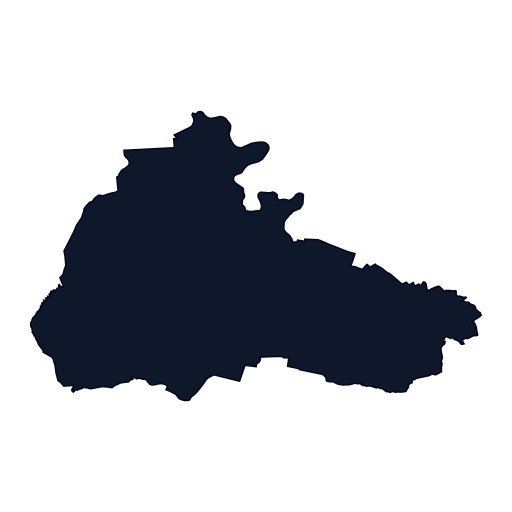 Sacalaseni, Maramures, Romania (Natural Earth projection)
{"feature_id": "2599482B62680396283899", "entity_name": "Sacalaseni", "entity_type": "district", "adm_level": 2, "iso_a3": "ROU", "parent_name": "Romania", "parent_adm1": "Maramures", "projection": "natural_earth1", "projection_center": [23.568, 47.575], "detail": "fine", "context": "isolated", "style": "filled", "palette": "ink", "viewbox_px": 512, "rotation_deg": 0, "n_neighbors": 0, "source": "geoboundaries", "source_scale": "gbopen_adm2", "svg_char_len": 6000}
<svg xmlns="http://www.w3.org/2000/svg" viewBox="0 0 512 512"><path d="M395.0,392.3L397.5,391.9L401.0,392.1L406.0,391.5L406.7,389.7L408.5,387.0L408.4,385.0L409.9,383.7L412.1,382.7L412.2,379.6L412.9,379.4L413.8,379.9L416.4,378.3L428.1,375.9L430.1,375.2L431.8,373.9L435.1,374.8L436.7,374.4L441.5,371.7L441.4,367.1L442.0,364.7L441.9,363.1L441.2,361.2L442.4,357.9L442.1,355.7L441.1,351.1L440.9,348.5L441.3,347.4L442.7,345.3L444.5,344.1L445.2,341.8L444.9,341.4L443.8,341.3L443.5,340.3L442.8,339.9L443.0,338.3L443.8,338.1L444.5,338.8L444.5,337.7L446.0,336.5L450.8,338.5L451.7,337.9L453.0,337.9L454.3,339.4L457.1,340.3L459.0,341.6L461.0,344.0L462.0,344.4L464.1,343.8L462.8,341.6L462.5,339.6L465.4,338.4L468.1,338.5L473.2,335.8L477.0,335.5L477.6,335.1L477.6,334.5L476.6,330.0L476.5,328.2L475.9,326.1L474.3,322.3L472.0,322.1L472.1,321.5L478.9,317.2L481.3,315.1L480.7,314.4L480.2,312.6L478.6,311.8L475.9,309.1L475.2,306.7L474.1,305.4L470.0,303.8L468.8,302.3L465.2,302.0L463.8,301.1L462.4,300.8L466.3,297.6L466.1,297.3L465.0,297.0L463.3,298.2L462.8,298.1L462.8,297.0L459.3,296.1L457.3,296.5L457.2,295.9L456.4,295.1L456.2,294.4L456.1,291.2L455.7,290.6L452.4,291.1L452.3,290.8L449.8,290.5L446.0,290.4L444.3,291.3L439.5,286.5L438.7,286.2L434.8,287.3L427.6,290.8L426.4,286.9L426.7,286.7L425.9,283.5L425.1,282.4L423.7,281.9L423.0,282.2L422.1,284.2L421.5,284.2L421.6,285.3L419.5,285.5L418.9,284.1L414.9,286.0L413.2,282.5L409.1,285.0L406.3,282.2L402.1,284.2L390.2,274.0L386.5,272.0L381.5,268.0L375.8,264.9L375.3,264.2L371.9,266.0L370.1,267.3L367.2,264.4L366.8,264.5L362.2,269.5L354.9,266.6L354.7,267.0L350.7,265.8L352.4,261.8L355.0,253.7L346.7,251.3L329.3,244.4L319.3,240.1L317.5,239.7L304.8,239.2L304.5,241.3L297.7,240.1L297.4,241.4L293.1,242.5L291.7,238.8L289.9,235.8L285.8,232.3L284.2,230.0L283.8,228.8L284.1,223.4L284.5,221.6L285.6,219.7L290.2,214.3L292.0,212.9L292.7,211.6L299.5,208.8L300.3,208.1L302.6,204.5L302.9,203.8L303.2,198.2L303.5,196.6L303.2,194.7L302.5,193.9L301.1,193.3L299.3,193.1L297.6,193.6L295.6,195.0L294.3,196.8L292.3,198.8L288.8,200.5L286.3,199.6L283.9,199.3L279.3,199.9L278.1,199.3L277.3,197.8L277.1,194.7L275.7,193.3L273.6,192.2L272.4,192.0L270.8,192.7L269.3,192.8L260.6,192.2L259.2,193.0L258.1,194.5L258.1,196.3L258.6,198.4L259.9,200.6L261.4,204.9L261.5,206.6L260.9,209.7L258.9,210.8L256.7,210.8L252.0,211.4L249.9,211.5L247.3,210.9L245.9,211.0L245.4,210.1L244.8,207.3L242.3,204.5L242.3,201.6L242.5,199.8L244.1,197.8L244.6,195.8L244.3,194.2L243.5,192.7L243.4,189.0L242.8,187.9L237.2,184.2L234.7,182.2L233.6,180.3L233.5,177.7L234.9,175.4L238.1,173.9L240.6,173.3L241.9,172.3L244.5,168.3L247.6,165.3L250.7,163.8L258.4,161.7L262.3,159.3L265.7,154.6L268.5,150.3L269.0,147.6L268.3,145.2L265.4,142.7L262.1,142.0L256.9,142.4L251.3,143.4L241.5,147.8L238.2,147.4L236.0,146.5L233.6,144.4L231.3,140.7L229.7,136.9L229.1,133.9L230.5,128.8L230.7,125.8L229.8,123.7L225.5,118.3L223.2,117.1L220.5,116.5L212.3,118.3L209.4,118.2L207.0,117.1L204.7,115.2L203.1,112.8L201.2,111.7L200.1,111.5L198.1,111.9L196.0,113.9L192.6,113.2L192.0,115.0L193.5,118.2L193.9,120.8L193.7,122.1L191.9,125.9L189.6,127.5L174.2,135.0L177.1,138.4L173.6,138.6L174.4,147.7L124.0,150.3L124.2,153.6L124.7,155.5L125.7,157.1L128.1,159.4L128.8,160.7L129.2,161.8L129.2,163.8L128.5,165.5L124.2,168.9L122.7,169.4L121.3,170.8L119.0,174.2L118.8,175.9L117.0,176.9L116.8,177.4L117.8,188.3L118.4,190.6L115.4,192.3L110.5,193.3L102.0,196.0L100.4,195.1L97.9,195.5L97.5,196.1L95.7,197.2L95.4,197.8L94.1,198.6L93.7,200.0L93.2,200.1L92.4,201.3L89.9,202.2L88.4,203.4L88.1,204.1L85.9,206.2L84.2,208.6L83.7,211.5L81.4,218.1L76.5,225.3L73.9,231.6L64.0,251.0L65.0,256.1L65.8,265.6L64.3,269.4L63.1,274.3L59.9,277.8L63.7,287.0L63.1,286.6L62.3,286.9L60.4,286.1L59.7,285.7L59.6,284.8L59.2,284.5L58.5,285.7L58.9,286.5L58.6,287.2L58.9,287.4L58.0,288.0L57.8,288.8L57.0,288.6L57.2,290.0L55.0,290.0L54.8,291.0L54.2,290.3L53.4,290.1L53.1,290.4L53.0,291.5L51.8,291.6L51.7,291.2L50.9,291.3L50.7,291.9L50.7,293.5L49.7,293.5L49.3,293.9L49.2,294.7L49.7,295.4L49.0,296.3L49.0,296.9L48.4,297.1L48.2,296.4L47.6,296.3L47.7,297.6L45.9,298.1L46.4,298.4L46.2,298.9L46.9,299.2L46.7,299.7L46.1,299.7L45.1,300.6L43.8,300.3L44.0,300.8L43.6,301.4L43.9,302.1L43.7,302.9L42.3,302.7L41.8,303.7L42.2,304.2L41.1,305.4L41.0,306.0L40.4,306.4L40.9,307.3L41.5,307.1L41.7,307.3L40.4,308.1L39.5,309.3L39.5,310.2L38.4,310.6L38.0,311.8L37.1,311.9L37.3,312.9L36.4,313.1L36.3,314.0L35.8,314.3L35.2,315.7L33.1,317.5L32.1,319.6L32.0,320.9L31.2,321.8L30.7,323.5L30.9,326.6L31.4,327.6L32.2,328.1L31.9,329.1L32.5,329.8L32.2,332.4L33.6,334.2L33.8,335.3L35.3,336.9L35.6,338.5L37.1,340.9L38.8,345.0L42.6,349.8L43.2,350.8L43.1,352.1L52.6,357.6L55.1,365.7L56.1,373.2L58.0,380.6L60.4,382.3L63.9,386.1L73.6,385.4L72.8,388.1L71.9,389.2L71.8,389.6L72.0,391.0L73.2,392.1L74.6,391.1L75.3,389.6L76.2,389.7L77.3,390.3L79.3,389.1L81.5,388.7L83.4,387.5L87.0,387.8L90.5,388.8L102.0,386.6L108.1,387.0L111.9,387.7L115.1,385.4L121.0,382.8L128.9,381.8L129.2,381.1L131.3,378.9L131.4,379.6L131.7,379.8L132.8,379.2L132.8,378.1L135.0,377.6L136.4,378.8L139.9,378.2L142.4,379.2L145.6,379.3L149.6,384.1L151.5,384.9L153.6,384.9L158.8,383.8L161.6,383.6L164.3,384.2L166.3,385.1L167.2,386.0L167.1,387.1L166.0,389.7L169.8,391.2L175.8,394.4L179.0,398.5L180.7,399.4L184.4,400.5L188.1,400.4L189.8,399.8L190.3,398.4L192.0,396.3L194.5,394.5L197.1,391.8L202.4,385.2L206.4,379.5L208.1,377.9L213.8,374.8L239.6,381.2L245.0,365.3L256.2,366.7L256.7,363.8L259.2,362.1L260.2,360.2L260.5,358.3L260.2,357.1L276.0,356.5L281.8,356.5L284.0,357.9L286.8,357.7L288.5,358.1L288.7,358.3L287.6,366.3L299.3,368.7L299.4,369.6L322.1,374.3L323.4,375.0L325.3,376.9L326.0,378.1L326.3,380.5L326.8,381.2L330.8,381.9L332.6,381.6L338.0,384.2L343.1,385.0L349.4,384.7L354.7,383.3L358.2,383.8L361.7,383.3L362.1,383.4L361.2,384.6L363.2,385.6L364.2,385.3L366.2,386.2L368.5,385.9L372.2,386.3L373.5,387.1L376.4,387.8L377.1,387.4L382.8,388.9L386.2,391.7L387.7,391.6L390.1,392.4L392.6,391.4L393.3,391.7L394.3,391.2L395.0,392.3Z" fill="#0f172a" stroke="#020617" stroke-width="1.5"/></svg>